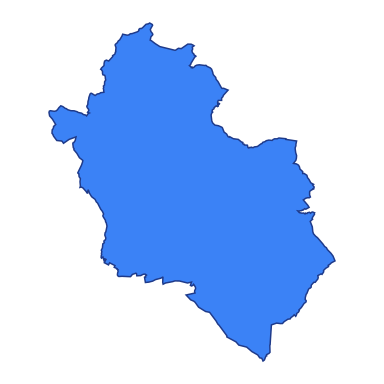 the district of Malovat, Mehedinti, Romania
{"feature_id": "2599482B51625304248487", "entity_name": "Malovat", "entity_type": "district", "adm_level": 2, "iso_a3": "ROU", "parent_name": "Romania", "parent_adm1": "Mehedinti", "projection": "mercator", "projection_center": [22.741, 44.72], "detail": "fine", "context": "isolated", "style": "filled", "palette": "blue", "viewbox_px": 384, "rotation_deg": 0, "n_neighbors": 0, "source": "geoboundaries", "source_scale": "gbopen_adm2", "svg_char_len": 5923}
<svg xmlns="http://www.w3.org/2000/svg" viewBox="0 0 384 384"><path d="M310.4,197.0L309.6,194.9L309.6,191.8L309.9,191.2L311.5,190.0L313.5,189.0L313.1,188.6L314.0,188.0L314.1,186.9L312.6,184.9L313.5,184.3L310.8,182.8L309.0,179.5L307.5,177.6L306.9,175.3L304.2,173.5L302.7,173.5L302.7,171.6L300.0,169.1L299.4,166.7L298.5,165.1L296.4,163.9L293.5,163.4L295.9,160.2L296.4,158.2L296.6,155.6L295.7,152.7L295.2,149.0L295.2,147.7L295.9,145.8L295.9,144.3L296.6,141.0L285.8,139.4L285.9,138.7L278.9,138.0L277.1,138.8L274.6,138.8L273.1,139.5L272.2,140.4L268.8,140.1L266.2,140.7L264.9,141.7L262.8,142.3L261.9,143.6L260.9,143.9L257.4,146.5L254.4,146.9L253.0,147.7L251.3,147.2L251.2,147.5L249.4,147.5L248.9,148.0L248.0,147.6L247.4,145.2L244.4,145.0L244.1,144.2L243.2,144.1L242.7,143.4L242.9,142.6L242.7,142.3L241.6,142.1L238.3,139.4L233.3,138.7L229.7,136.7L229.4,137.2L228.1,136.7L226.6,134.0L224.1,132.1L222.4,127.8L221.8,127.2L218.4,125.7L214.9,125.1L212.8,123.1L211.8,121.0L211.1,115.0L211.7,113.2L212.7,112.1L212.1,111.6L212.3,110.0L214.0,108.7L214.1,107.7L216.2,105.9L217.5,106.6L218.2,106.2L218.1,105.2L219.4,104.0L219.5,103.6L218.6,103.1L217.7,103.7L217.6,102.1L218.3,100.4L221.6,100.4L221.6,98.1L222.9,96.7L223.4,95.3L228.1,90.1L223.7,88.3L222.0,88.4L221.2,87.4L218.0,81.6L216.1,79.3L215.7,77.4L213.6,75.1L212.8,73.3L212.8,72.5L211.6,69.2L210.3,67.9L207.1,66.4L205.9,65.3L205.0,65.5L199.4,64.8L196.9,65.1L195.3,65.8L194.2,67.0L192.7,67.9L192.0,67.0L191.3,67.6L191.1,67.1L189.4,65.6L190.7,64.5L190.8,63.7L194.8,57.0L195.9,56.4L195.8,56.0L194.0,54.9L194.0,54.2L192.5,52.7L192.1,51.5L191.9,50.4L192.5,49.8L192.6,48.3L192.2,47.1L194.1,45.8L193.4,45.3L191.2,44.2L187.8,44.1L181.3,48.6L178.4,48.3L175.5,50.2L175.0,50.3L159.9,46.6L155.2,43.6L151.4,40.7L150.2,40.2L150.9,36.9L152.8,34.7L152.5,33.5L150.9,31.5L150.3,29.4L152.6,25.3L152.3,24.5L149.7,23.0L148.4,23.8L146.0,24.3L142.5,27.8L141.4,28.5L140.0,28.5L139.2,29.0L138.8,29.8L138.9,30.5L138.1,31.4L137.1,31.9L131.8,33.7L130.9,33.6L129.6,34.2L129.1,34.8L127.3,35.2L122.7,34.2L122.0,36.0L119.7,39.9L118.3,40.9L117.3,42.7L115.5,44.2L115.1,45.0L116.0,47.7L115.6,51.4L115.8,51.8L115.2,52.6L115.1,53.5L114.6,54.4L112.6,55.6L112.8,56.5L108.7,61.0L106.3,60.1L104.6,61.1L104.1,63.3L104.0,65.6L101.5,68.0L100.7,69.3L101.4,69.7L102.5,71.4L102.5,73.4L102.9,74.8L104.7,75.3L105.3,76.9L105.3,78.1L105.7,80.0L104.6,81.8L104.5,85.0L103.4,86.1L103.7,87.2L103.3,88.7L103.6,89.4L103.9,92.3L100.6,92.7L99.4,93.6L97.2,94.0L95.1,95.5L91.5,93.3L90.6,93.4L90.1,94.0L88.9,97.4L88.6,99.5L88.0,101.4L87.8,104.5L86.8,106.2L87.2,107.6L88.4,109.1L88.7,110.0L88.7,110.7L87.6,112.3L89.3,113.0L88.2,113.5L86.6,115.9L85.5,115.0L83.5,114.6L81.7,113.2L78.1,112.4L77.1,111.7L74.1,110.8L70.9,110.7L67.7,109.7L66.3,108.6L65.3,108.4L62.9,106.6L60.8,105.8L58.8,107.8L57.5,109.7L56.1,110.9L54.3,111.3L50.3,110.7L49.3,111.2L49.0,112.6L49.6,115.9L52.4,119.1L55.7,124.5L53.6,126.4L53.8,126.7L52.9,129.0L52.2,129.8L52.0,133.3L53.1,134.7L53.2,135.5L54.1,136.9L56.8,140.5L61.5,141.0L62.2,141.4L63.5,143.3L69.1,139.4L76.0,136.9L75.2,140.5L73.8,142.6L73.2,142.6L72.8,143.6L73.3,147.7L74.0,148.5L73.9,149.8L76.9,153.4L79.4,157.7L82.8,160.4L82.6,161.9L81.5,165.1L77.8,172.8L78.1,173.4L78.8,173.6L79.1,176.7L80.4,178.6L80.0,181.7L80.4,186.1L80.0,187.4L81.3,187.1L82.8,187.8L86.4,191.8L86.7,192.7L87.5,193.0L87.6,191.4L88.2,190.2L88.5,190.4L89.4,193.1L91.6,196.7L95.1,199.4L96.3,201.9L97.6,203.1L100.7,209.2L102.4,211.4L103.6,214.0L102.9,215.5L103.0,216.4L105.4,220.3L105.6,221.9L106.2,222.6L107.0,226.1L106.3,229.6L105.8,231.9L105.1,232.8L104.8,235.1L105.8,237.9L105.7,238.9L105.3,239.9L104.2,240.6L103.9,241.2L104.3,242.7L102.8,243.9L102.4,248.0L101.3,250.2L101.8,251.5L101.4,253.8L101.7,254.7L101.3,255.4L101.1,257.4L101.5,258.1L102.9,257.0L103.9,260.2L104.7,258.8L106.0,259.4L104.3,262.7L108.5,264.9L109.6,262.8L115.0,265.6L114.2,267.3L117.0,268.6L116.8,269.0L118.1,269.8L117.8,270.3L118.1,271.4L117.6,273.0L117.4,275.0L118.1,276.1L118.9,276.5L122.0,276.3L130.3,276.7L130.7,276.5L132.4,274.4L135.9,273.2L136.5,273.6L136.8,275.8L140.7,275.6L143.2,274.3L145.1,274.1L146.5,275.1L145.5,276.0L145.7,277.7L145.2,276.8L144.5,277.2L145.4,282.5L148.9,282.1L152.7,281.1L155.5,279.6L160.8,278.2L162.6,277.2L162.9,277.3L162.7,282.4L163.1,284.2L165.5,283.0L172.8,281.6L174.9,280.9L179.5,281.0L187.5,283.0L191.5,282.1L190.4,285.4L191.6,286.0L192.8,285.4L193.6,284.3L195.3,286.9L195.6,288.1L195.5,289.0L194.7,290.5L194.6,291.8L195.0,293.0L186.1,295.0L190.6,299.8L193.8,301.2L195.1,302.3L198.6,307.2L205.6,311.5L209.6,312.3L216.1,321.0L217.8,324.0L219.2,325.4L226.8,335.7L226.9,337.0L235.9,341.8L238.8,345.1L246.7,347.1L251.9,351.6L257.7,354.9L259.7,357.8L261.8,358.3L263.0,361.0L264.4,360.0L265.9,356.1L266.7,355.9L266.6,354.6L268.9,353.5L270.0,352.3L269.8,345.1L270.1,344.8L271.4,324.9L276.6,323.1L280.5,323.6L282.5,323.5L284.2,321.6L287.9,319.2L290.2,318.9L291.0,317.5L292.8,316.3L294.2,314.8L295.7,316.3L296.6,314.6L296.6,313.5L298.4,312.2L299.1,311.0L299.3,310.6L298.9,310.0L301.3,307.6L304.2,303.3L305.7,302.3L306.1,301.7L306.1,300.5L305.2,299.6L305.3,297.5L306.2,294.2L306.8,293.6L308.5,289.3L309.5,288.2L310.1,288.2L311.1,287.3L311.3,285.1L313.8,282.3L315.2,282.3L317.9,278.9L318.2,277.3L317.8,275.6L321.1,273.9L322.0,274.4L323.5,272.2L323.7,271.7L323.5,270.7L323.8,270.2L325.7,268.3L328.5,266.6L328.6,265.9L328.2,265.3L330.1,264.1L331.4,262.8L335.0,260.9L333.0,256.0L331.0,253.3L327.4,249.6L326.4,247.7L324.6,246.5L322.9,244.0L317.5,237.7L315.5,236.1L313.5,233.8L312.8,231.7L312.3,226.8L310.2,221.4L312.6,219.2L312.1,218.6L312.6,217.2L314.5,214.3L314.3,213.2L314.6,212.8L312.7,212.0L311.9,212.1L310.5,213.2L309.6,212.3L307.7,212.7L307.0,213.5L305.4,213.1L305.0,213.9L303.5,213.0L302.1,213.2L299.3,212.6L297.8,210.9L299.3,211.1L300.1,210.7L301.0,210.8L302.5,210.0L302.9,210.2L304.7,208.7L305.8,209.2L309.1,207.4L307.9,205.4L303.3,199.9L305.9,198.2L307.8,197.7L309.2,197.8L310.4,197.0Z" fill="#3b82f6" stroke="#1e3a8a" stroke-width="1.5"/></svg>